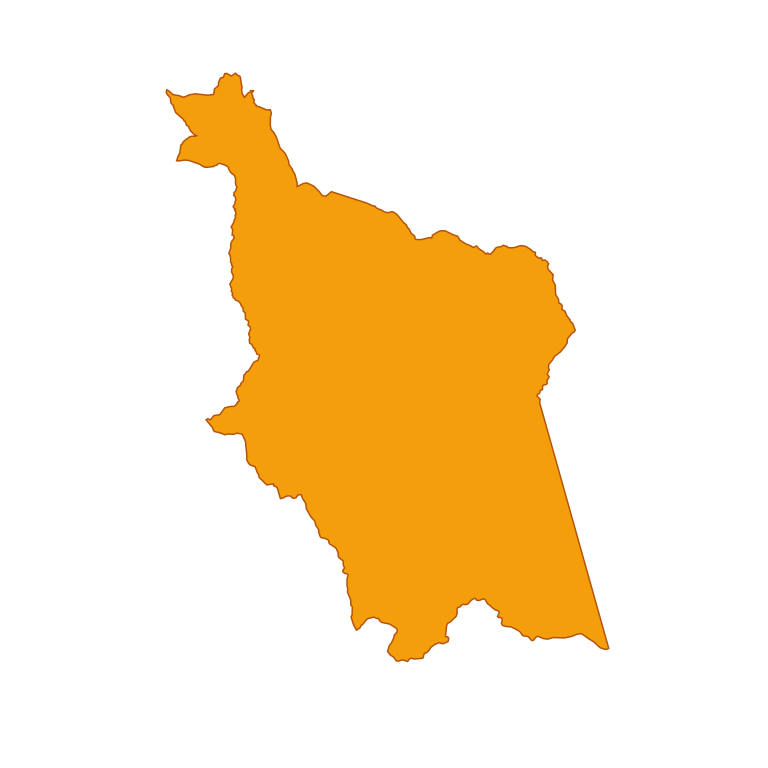 Toledo, Norte de Santander, Colombia, rotated 14°
{"feature_id": "7082276B12986735978418", "entity_name": "Toledo", "entity_type": "district", "adm_level": 2, "iso_a3": "COL", "parent_name": "Colombia", "parent_adm1": "Norte de Santander", "projection": "orthographic", "projection_center": [-72.39, 7.233], "detail": "fine", "context": "isolated", "style": "filled", "palette": "amber", "viewbox_px": 768, "rotation_deg": 14, "n_neighbors": 0, "source": "geoboundaries", "source_scale": "gbopen_adm2", "svg_char_len": 6170}
<svg xmlns="http://www.w3.org/2000/svg" viewBox="0 0 768 768"><g transform="rotate(14 384 384)"><path d="M666.0,586.1L539.6,364.6L539.2,361.0L535.4,358.6L535.5,356.7L537.2,355.6L537.2,352.3L538.7,351.5L539.1,350.7L538.3,347.7L539.2,346.3L541.2,345.5L542.2,344.2L541.2,340.6L542.2,338.9L542.4,336.8L540.0,334.9L540.9,330.2L539.5,328.1L539.2,324.9L541.4,320.6L543.0,315.6L547.2,310.5L550.4,304.1L551.8,299.8L551.0,295.8L554.3,288.9L556.1,287.4L556.5,285.4L552.4,279.6L549.5,278.1L548.6,276.4L545.2,273.9L542.0,269.6L538.5,268.5L537.9,264.7L536.0,263.4L534.2,263.2L532.7,259.4L528.9,255.7L526.2,246.5L522.5,242.6L521.7,237.1L515.4,232.9L514.3,230.6L514.7,227.7L513.2,226.2L510.4,224.7L507.8,225.7L506.3,223.6L503.4,224.4L499.7,222.7L499.1,219.6L496.2,219.5L494.0,218.1L488.6,216.3L486.2,216.2L482.7,216.9L477.2,220.2L473.8,221.3L471.1,221.6L469.7,220.6L467.7,220.9L466.5,220.4L464.0,222.6L460.6,224.0L459.2,225.4L458.3,228.2L455.9,232.2L454.2,232.4L453.0,231.8L452.4,232.1L451.7,233.3L450.9,233.3L449.2,231.8L442.8,229.6L441.3,228.0L440.1,227.8L437.7,229.9L436.8,229.8L435.1,229.0L429.7,228.3L423.0,226.1L419.7,222.8L415.8,222.6L406.3,220.6L401.5,221.8L399.0,223.9L395.1,227.8L394.9,230.9L392.7,230.9L385.9,234.5L382.2,235.7L379.8,235.9L378.8,235.3L378.2,233.2L373.8,231.1L370.9,227.6L369.1,226.6L367.0,224.0L363.9,222.6L355.3,216.2L351.1,214.8L349.9,214.9L346.6,216.7L343.1,217.1L339.1,215.7L336.5,215.6L333.3,214.7L332.0,213.5L329.9,213.9L324.1,212.7L286.4,210.1L282.2,215.9L278.4,216.1L274.9,213.2L269.2,209.7L267.1,208.8L260.6,207.6L257.6,208.7L252.0,213.4L250.9,209.5L246.8,202.1L243.4,198.6L243.1,197.7L238.6,193.9L237.7,191.0L232.4,184.2L226.1,180.2L219.7,170.3L216.3,166.7L212.8,164.3L211.2,160.8L209.3,152.7L209.2,148.5L207.4,145.4L203.6,146.5L195.5,145.1L192.9,145.2L192.3,144.2L189.5,142.5L189.4,139.6L187.9,138.6L186.8,135.9L185.4,134.5L185.2,133.5L186.3,131.8L186.3,131.0L183.4,131.7L183.5,133.1L181.7,134.5L179.3,139.6L176.0,136.4L174.6,132.5L174.6,130.9L170.4,121.1L169.6,120.2L166.7,119.6L164.8,118.3L161.6,122.0L156.1,120.7L154.4,121.4L153.9,125.4L152.0,126.1L151.1,127.2L150.5,131.7L151.2,134.4L148.1,138.8L148.6,143.2L148.0,144.9L146.5,144.9L143.6,146.3L130.3,148.2L125.4,150.4L120.2,154.3L115.2,153.8L109.3,154.3L104.2,151.6L102.0,151.1L102.2,153.9L104.4,156.1L107.5,158.0L108.9,162.2L110.2,163.6L112.2,164.6L112.7,166.0L116.2,171.0L125.4,175.8L126.2,176.9L127.7,177.5L129.8,180.7L131.8,181.3L135.1,185.3L139.8,188.0L142.0,188.4L141.5,189.1L137.5,190.1L135.5,191.3L130.7,197.3L130.1,200.1L129.4,200.5L129.1,201.9L130.0,209.2L129.1,212.7L128.8,217.6L131.8,216.9L136.1,215.0L140.2,214.3L151.8,215.3L156.6,216.9L158.8,216.9L166.1,214.2L166.7,213.3L169.1,211.9L169.5,210.5L171.7,209.6L176.5,210.0L180.3,211.1L181.8,213.6L184.5,216.1L188.2,217.7L190.0,220.0L191.3,224.9L192.4,227.1L193.5,228.2L193.5,232.5L192.1,234.6L192.7,236.2L192.5,237.4L194.4,238.3L195.6,241.1L195.4,243.7L195.9,244.7L194.7,248.4L196.3,250.0L197.5,250.3L197.1,251.7L198.2,252.2L199.3,255.0L198.7,256.4L199.7,258.7L198.9,261.6L199.3,262.8L197.7,268.7L199.1,269.8L200.0,271.8L200.6,276.3L201.5,276.2L202.7,276.9L203.3,278.9L201.9,282.0L201.4,285.0L202.4,289.3L201.9,295.0L203.0,295.6L204.6,298.7L205.6,302.7L207.0,304.0L207.4,305.7L208.9,306.7L208.4,309.0L208.9,312.0L211.7,315.7L212.0,318.2L210.3,324.2L211.9,327.0L212.9,327.7L213.5,331.0L215.1,332.4L215.1,334.4L216.3,335.3L216.9,336.8L218.3,337.1L219.6,338.5L222.5,338.8L225.3,340.6L226.9,343.0L228.7,344.1L229.8,347.4L232.2,348.7L233.9,354.6L237.1,355.6L237.8,357.4L237.7,359.6L240.3,361.0L241.2,362.9L240.5,368.1L242.7,371.6L242.5,373.7L243.8,376.8L246.3,377.7L248.4,380.5L250.4,381.0L250.7,382.7L252.0,383.5L253.4,385.7L255.7,385.9L256.4,387.0L255.8,391.9L254.3,392.6L252.3,394.7L249.8,402.9L249.1,404.4L247.6,405.3L247.0,407.7L245.9,409.2L246.8,414.9L245.1,417.8L244.8,420.3L242.7,422.9L242.4,427.3L244.3,430.4L245.2,431.0L245.6,432.7L247.4,434.9L247.6,435.9L246.4,436.7L245.8,439.5L243.8,442.1L241.2,442.6L235.4,445.5L232.0,453.5L226.6,455.8L224.2,460.8L221.4,460.4L220.0,461.8L228.3,468.0L229.9,470.5L231.1,471.1L237.9,471.1L241.9,471.8L244.2,470.4L249.9,469.3L253.5,467.2L258.6,467.0L263.4,473.2L267.7,485.0L269.2,490.8L272.0,494.0L274.3,495.0L278.9,495.4L282.6,500.7L284.3,502.3L285.5,504.9L294.7,510.3L300.7,507.6L301.2,507.8L301.2,509.0L302.2,509.7L305.2,510.0L311.2,520.3L313.9,518.8L316.6,516.4L318.5,515.6L320.5,515.4L322.4,516.6L324.1,516.8L326.2,515.6L327.3,512.6L329.4,511.6L330.7,511.6L332.5,514.6L337.0,518.9L338.9,524.0L345.5,530.8L349.9,533.7L352.0,537.6L355.9,541.2L356.4,543.5L359.0,547.5L360.5,548.3L364.6,548.1L367.1,548.7L368.5,549.4L368.8,551.1L369.9,552.3L376.8,554.6L380.0,558.3L381.1,561.9L382.2,563.3L387.2,565.6L388.3,569.5L390.2,572.0L389.2,575.0L389.5,576.2L391.5,577.2L394.6,577.2L395.5,578.1L395.2,581.0L395.5,582.9L396.8,588.4L398.6,592.1L398.8,594.6L403.8,601.4L405.4,606.7L407.1,607.7L408.9,615.7L408.4,617.9L412.5,624.7L416.8,629.5L419.7,626.5L420.2,623.7L421.5,622.6L423.8,617.2L425.3,615.5L430.4,612.7L433.7,613.3L435.5,612.7L436.9,614.7L439.3,615.9L447.5,615.6L454.1,617.7L456.0,618.8L456.7,621.3L454.7,625.3L454.9,627.8L453.9,633.3L452.5,636.4L452.1,642.6L455.9,645.6L459.1,646.5L462.9,649.7L465.4,649.3L468.4,647.2L474.1,647.5L475.2,644.7L476.4,643.6L480.4,643.4L487.7,640.8L488.2,640.1L488.2,635.9L490.5,634.3L492.2,631.3L493.3,628.1L495.9,624.8L499.8,621.8L504.2,621.7L508.4,618.5L508.6,616.4L508.0,614.6L506.8,613.9L505.3,614.2L504.6,613.6L503.2,602.7L503.7,600.8L506.2,598.5L510.2,591.9L510.5,589.1L509.4,585.2L509.5,583.2L512.0,581.6L512.9,579.4L514.5,578.6L517.1,578.2L518.6,577.1L521.0,572.6L523.6,570.2L524.6,569.9L526.1,571.4L528.6,571.1L532.6,568.3L534.1,568.6L537.7,572.2L541.3,573.5L542.5,574.6L546.7,576.3L549.4,576.4L550.8,577.1L551.1,577.9L550.4,582.2L551.5,582.8L553.7,582.4L555.0,583.1L555.9,584.5L555.8,588.0L557.5,589.6L561.5,589.7L566.0,588.9L574.1,590.7L576.0,591.6L579.4,594.6L585.0,594.2L589.3,597.2L591.1,596.4L592.8,592.7L594.3,591.6L600.4,592.4L604.5,592.0L609.5,589.1L620.7,586.7L627.5,583.3L631.3,580.4L634.9,578.8L637.2,578.8L644.3,581.7L649.6,583.3L657.6,587.6L662.6,588.0L664.1,587.6L666.0,586.1Z" fill="#f59e0b" stroke="#b45309" stroke-width="1.5"/></g></svg>